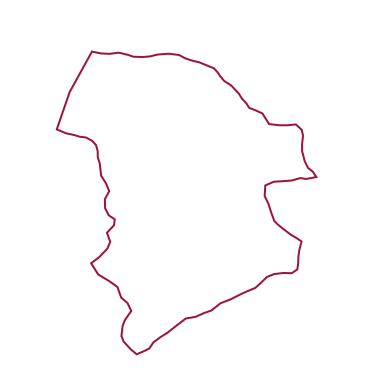 outline of Santa Cruz da Conceição, São Paulo, Brazil, rotated 262°
{"feature_id": "56859067B94691045798687", "entity_name": "Santa Cruz da Conceição", "entity_type": "district", "adm_level": 2, "iso_a3": "BRA", "parent_name": "Brazil", "parent_adm1": "São Paulo", "projection": "natural_earth1", "projection_center": [-47.493, -22.126], "detail": "fine", "context": "isolated", "style": "outline", "palette": "rose", "viewbox_px": 384, "rotation_deg": 262, "n_neighbors": 0, "source": "geoboundaries", "source_scale": "gbopen_adm2", "svg_char_len": 1528}
<svg xmlns="http://www.w3.org/2000/svg" viewBox="0 0 384 384"><g transform="rotate(262 192 192)"><path d="M88.3,241.5L93.2,248.6L97.4,254.3L99.3,262.0L99.1,271.3L97.7,279.4L100.7,285.5L106.5,287.2L112.9,288.3L119.9,290.3L127.7,293.6L131.7,289.3L135.6,284.3L141.5,278.4L147.9,272.4L152.0,269.4L161.1,267.5L169.5,266.1L177.9,263.4L188.3,265.5L190.8,274.5L190.0,284.3L189.5,292.3L190.7,301.2L189.0,307.1L189.5,317.2L195.2,314.5L199.8,310.2L206.9,307.9L217.2,306.7L224.3,307.7L232.3,309.8L238.3,309.3L244.5,304.2L244.7,296.7L245.8,288.4L248.5,277.8L259.9,272.7L264.2,266.1L267.3,260.4L272.0,258.3L277.3,254.6L283.0,252.0L292.1,245.6L297.3,239.5L301.7,236.6L306.8,234.1L311.4,231.0L315.2,224.5L319.5,217.1L321.7,211.3L325.1,204.3L329.5,198.2L332.2,188.2L332.9,176.9L332.1,169.3L332.6,161.5L334.1,152.9L337.0,147.0L340.2,138.7L340.3,129.5L341.9,121.1L345.0,112.5L307.9,84.7L272.8,66.8L267.7,75.4L265.0,82.8L262.3,88.7L260.7,94.7L256.6,100.2L251.8,103.5L245.5,104.3L239.4,103.5L233.4,104.6L220.8,104.3L212.1,108.2L204.3,110.1L197.0,104.7L188.1,103.7L180.5,106.3L175.7,111.7L170.0,110.2L163.5,102.1L154.2,104.1L147.9,100.5L140.3,90.9L135.5,82.2L130.6,84.4L123.4,87.6L115.3,97.6L108.2,105.0L102.0,106.2L97.2,107.2L91.0,112.7L82.6,115.3L78.6,111.5L74.3,107.6L68.9,104.6L59.2,102.1L53.3,103.5L44.7,109.5L39.0,114.6L40.9,121.7L43.0,127.9L48.6,133.0L52.6,140.4L56.0,148.0L62.4,159.0L67.6,168.3L67.9,178.3L70.5,187.2L71.9,194.6L77.8,204.6L80.5,215.8L83.4,224.2L85.5,231.0L88.3,241.5Z" fill="none" stroke="#9f1239" stroke-width="2"/></g></svg>